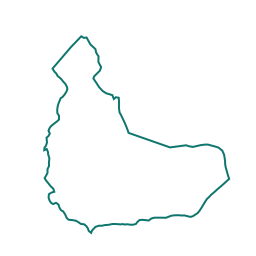 Barroquinha, Ceará, Brazil, rotated 170°
{"feature_id": "56859067B84967197177731", "entity_name": "Barroquinha", "entity_type": "district", "adm_level": 2, "iso_a3": "BRA", "parent_name": "Brazil", "parent_adm1": "Ceará", "projection": "natural_earth1", "projection_center": [-41.162, -3.004], "detail": "fine", "context": "isolated", "style": "outline", "palette": "teal", "viewbox_px": 256, "rotation_deg": 170, "n_neighbors": 0, "source": "geoboundaries", "source_scale": "gbopen_adm2", "svg_char_len": 2053}
<svg xmlns="http://www.w3.org/2000/svg" viewBox="0 0 256 256"><g transform="rotate(170 128 128)"><path d="M73.8,100.9L90.0,101.6L104.8,109.9L128.3,123.1L128.6,125.4L129.1,128.0L130.1,132.8L132.6,141.9L133.6,144.7L133.5,148.4L133.0,151.7L132.2,156.0L131.9,159.4L134.7,160.4L136.9,159.0L137.7,163.1L143.5,166.0L146.5,168.8L149.4,173.3L151.3,177.9L153.5,182.7L152.4,184.7L145.8,189.3L143.9,192.6L145.7,198.1L144.6,203.7L145.6,205.9L146.3,208.2L146.4,211.4L150.5,216.8L153.1,224.3L155.8,224.4L158.1,226.4L170.1,217.6L192.0,199.6L190.7,196.3L189.1,194.0L188.3,191.5L186.9,189.9L185.2,187.7L184.0,185.4L182.0,182.2L181.0,179.2L181.0,176.6L182.5,174.3L184.7,171.9L187.1,169.9L189.1,169.1L190.5,166.9L191.9,164.7L193.3,162.0L194.5,158.5L195.0,155.0L193.8,152.0L194.5,148.3L196.9,146.7L199.0,145.7L201.2,144.5L203.7,143.1L205.5,141.2L206.7,139.2L206.0,136.0L207.6,134.0L209.9,132.6L210.3,127.8L211.8,124.9L213.7,123.1L214.3,120.7L211.7,121.4L211.0,118.4L211.2,115.7L210.7,111.9L211.9,107.5L212.4,104.2L214.4,101.5L215.1,97.7L217.2,95.0L218.8,93.0L217.7,90.3L216.1,87.5L214.3,84.1L212.1,81.2L211.7,78.0L215.0,77.6L217.4,76.5L218.3,73.2L217.8,70.0L216.8,67.7L214.9,66.1L211.9,66.8L209.8,64.8L209.3,61.4L208.2,58.6L206.3,57.1L204.8,53.5L203.9,49.8L202.4,48.0L200.4,47.4L198.2,46.8L195.2,45.6L192.9,43.6L191.2,41.8L187.8,40.7L186.1,38.6L185.0,36.2L184.5,33.4L182.5,31.1L181.3,33.2L179.2,34.8L177.1,36.3L173.8,36.8L170.8,36.3L167.4,36.4L163.4,36.0L160.3,36.2L155.9,35.4L152.2,34.4L150.0,34.3L147.9,33.5L145.7,33.4L141.9,32.2L139.6,31.9L136.9,32.1L135.0,33.9L132.5,35.4L129.4,35.0L126.0,34.0L123.6,33.3L120.7,34.8L117.6,35.1L111.8,34.1L106.2,33.0L100.6,34.1L96.9,33.9L93.2,33.3L91.1,32.7L87.3,32.0L84.0,30.5L81.8,29.6L79.3,29.9L77.5,30.7L74.2,32.1L71.9,34.1L69.9,36.2L67.9,38.5L64.6,42.3L62.4,44.5L60.1,46.0L57.6,47.9L55.1,49.3L53.0,50.6L50.5,52.2L46.8,54.3L37.2,60.3L37.7,63.4L38.6,72.4L38.6,75.6L38.1,78.7L38.0,85.0L39.1,89.4L42.4,93.1L46.0,94.9L52.2,97.8L55.2,98.3L59.3,98.5L67.4,98.1L71.0,99.4L73.8,100.9Z" fill="none" stroke="#0f766e" stroke-width="2"/></g></svg>